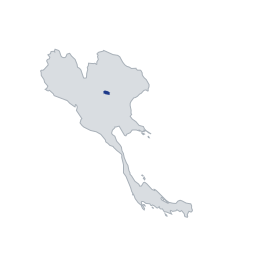 location of Ban Khwao, Chaiyaphum, Thailand, rotated 324°
{"feature_id": "78962969B12995220204726", "entity_name": "Ban Khwao", "entity_type": "district", "adm_level": 2, "iso_a3": "THA", "parent_name": "Thailand", "parent_adm1": "Chaiyaphum", "projection": "equal_earth", "projection_center": [101.855, 15.816], "detail": "fine", "context": "in_parent", "style": "filled", "palette": "blue", "viewbox_px": 256, "rotation_deg": 324, "n_neighbors": 0, "source": "geoboundaries", "source_scale": "gbopen_adm2", "svg_char_len": 4748}
<svg xmlns="http://www.w3.org/2000/svg" viewBox="0 0 256 256"><g transform="rotate(324 128 128)"><path d="M113.2,22.4L113.4,23.4L114.2,22.1L115.3,21.4L117.4,24.4L117.6,25.6L116.1,30.4L116.3,32.0L117.3,33.3L118.5,34.0L119.8,33.8L122.1,32.4L124.7,33.3L124.6,36.5L125.5,41.5L124.2,46.6L122.9,49.1L123.9,51.4L124.0,53.4L121.5,61.4L122.0,62.0L123.5,62.9L124.2,62.6L126.8,59.5L129.8,57.0L130.7,55.0L132.5,54.3L134.2,52.4L138.0,55.7L139.0,56.0L139.5,56.5L139.7,57.9L140.2,58.1L141.7,56.2L144.3,55.1L145.3,52.3L146.6,51.5L146.4,50.1L146.8,49.6L149.0,49.5L152.2,50.9L153.3,51.2L153.9,50.9L159.0,59.8L162.4,63.2L163.2,65.5L162.4,71.5L162.5,74.9L163.3,77.5L164.7,79.3L165.8,81.9L169.6,84.4L169.3,85.0L169.6,86.7L172.0,88.5L172.2,89.2L171.9,91.6L170.8,93.4L170.6,94.9L170.6,96.8L171.2,99.6L170.5,105.4L169.1,107.1L167.2,108.2L166.2,109.8L165.4,109.4L165.1,107.8L163.0,106.9L159.1,107.7L157.1,107.4L154.4,107.9L151.9,107.7L150.3,107.0L146.0,108.3L144.2,109.4L142.9,111.1L141.0,115.4L139.0,118.0L139.0,119.1L136.6,119.8L136.7,123.4L138.1,127.4L138.5,132.4L141.3,135.9L140.8,138.4L141.1,140.8L143.2,146.4L141.7,143.7L141.4,141.9L139.5,139.2L139.0,140.5L136.8,138.5L135.9,136.4L135.6,137.3L133.5,134.4L131.3,132.8L130.1,132.1L127.1,133.1L123.3,132.3L121.8,133.1L121.2,132.6L120.9,131.7L121.9,121.3L118.6,120.0L118.1,119.4L117.3,120.1L114.1,120.6L111.7,122.5L111.5,124.1L112.5,126.9L111.1,132.1L111.6,137.0L111.4,139.6L109.7,143.0L109.3,145.8L107.5,149.9L106.2,155.2L105.9,158.3L103.7,163.0L103.2,165.6L102.4,166.6L102.7,168.7L102.3,175.1L103.7,179.8L103.3,182.0L104.8,182.8L108.4,181.3L109.6,181.7L110.4,184.2L111.3,191.9L112.8,194.2L113.2,193.1L113.9,194.3L114.4,196.6L116.3,208.7L117.3,211.8L116.2,211.0L115.5,207.2L114.5,207.1L114.8,204.7L114.2,203.8L113.1,204.5L113.1,206.4L116.0,212.4L117.8,212.6L120.0,215.2L122.4,217.2L125.5,216.5L127.7,217.1L128.9,218.8L130.9,222.9L134.2,226.3L133.7,228.4L132.4,230.1L131.8,232.4L130.9,233.0L129.6,233.1L128.3,231.2L125.0,232.9L124.3,234.7L123.5,235.1L122.0,233.2L122.2,232.1L123.1,230.5L122.8,226.3L120.9,226.2L119.6,223.1L119.2,222.8L118.2,223.2L115.1,221.7L114.2,219.8L113.3,220.0L112.7,223.3L109.9,218.8L108.1,217.0L108.3,213.6L107.0,212.9L106.5,211.9L107.0,209.9L105.2,210.2L104.4,209.7L103.4,206.1L102.5,204.6L101.4,204.6L101.0,203.9L101.1,202.1L98.2,199.6L97.3,196.7L96.0,195.5L95.1,195.9L94.2,197.9L93.6,197.8L93.0,197.2L92.3,194.3L92.3,189.3L93.2,186.3L93.7,181.6L95.1,177.7L97.9,166.1L98.0,161.6L102.7,155.2L105.8,147.8L106.9,146.7L107.3,145.3L105.7,139.4L105.0,135.2L105.1,134.2L103.1,131.4L102.6,128.2L102.1,127.2L101.9,126.1L102.7,124.2L102.3,117.2L100.1,112.4L96.2,107.9L92.8,101.3L92.3,99.0L92.2,95.7L95.0,93.5L96.2,93.3L96.6,83.5L99.0,81.6L99.5,80.8L99.8,79.1L99.2,78.2L97.6,79.8L97.3,79.4L95.4,73.7L95.0,70.2L87.3,58.4L87.7,56.4L86.6,51.3L85.4,51.2L84.6,50.3L83.8,48.0L85.3,48.3L87.8,47.0L87.4,42.1L88.5,39.3L88.7,34.6L90.5,31.8L90.8,30.5L91.8,30.3L93.2,31.3L94.6,31.3L100.4,30.1L101.1,28.9L101.5,26.3L102.1,25.5L103.4,25.3L104.9,25.8L106.4,24.8L106.2,21.7L108.9,22.3L110.7,20.9L113.2,22.4ZM94.4,199.2L94.0,203.0L92.9,203.8L92.5,201.6L93.2,198.1L93.5,198.9L94.4,199.2ZM112.2,177.3L112.0,179.1L111.0,179.7L110.8,177.7L112.2,177.3ZM136.6,140.1L137.8,142.6L136.4,142.4L136.1,139.9L136.6,140.1ZM107.7,222.2L107.1,221.1L107.6,219.3L108.1,221.4L107.7,222.2ZM96.2,199.7L96.0,201.7L95.4,198.9L96.2,199.7ZM112.2,175.7L111.7,175.5L111.3,174.3L111.9,174.3L112.2,175.7ZM101.0,205.8L101.6,208.2L100.9,207.1L101.0,205.8ZM139.7,146.8L139.5,148.4L138.9,147.7L139.3,146.6L139.7,146.8ZM93.1,184.7L92.4,185.3L93.0,183.8L93.1,184.7Z" fill="#d9dde1" stroke="#a8b0b8" stroke-width="1"/><path d="M130.5,84.6L130.3,84.6L130.1,84.6L129.9,84.7L129.8,84.8L129.9,85.0L129.9,85.3L130.0,85.4L130.0,85.5L129.9,85.6L130.0,85.6L129.9,85.7L129.9,85.8L129.9,85.7L129.9,85.8L130.0,85.9L130.0,86.0L130.1,86.3L130.2,86.2L130.3,86.3L130.2,86.3L130.2,86.5L130.3,86.5L130.3,86.4L130.4,86.5L130.3,86.8L130.4,87.0L130.5,87.0L130.8,87.1L130.8,87.3L130.9,87.5L131.0,87.5L131.0,87.4L131.1,87.5L131.1,87.8L131.2,88.0L131.2,87.9L131.3,88.0L131.2,88.0L131.3,88.1L131.4,87.9L131.4,88.0L131.5,88.0L131.4,88.1L131.5,88.2L131.6,88.3L131.6,88.2L131.6,88.3L131.7,88.5L131.7,88.4L131.8,88.4L131.8,88.5L132.0,88.6L132.0,88.8L132.1,89.0L132.3,89.0L132.5,89.1L132.5,88.9L132.7,88.7L132.8,88.7L132.8,88.8L132.8,88.7L132.8,88.8L132.8,88.7L133.0,88.6L133.0,88.4L132.9,88.5L132.9,88.3L132.9,88.2L132.7,88.1L132.8,88.1L132.7,88.0L132.5,87.9L132.4,87.8L132.5,87.8L132.4,87.7L132.5,87.5L132.5,87.4L132.5,87.2L132.5,86.9L132.4,86.9L132.4,86.7L132.3,86.4L132.2,86.3L132.2,86.2L131.9,86.1L131.8,85.9L131.7,85.8L131.7,85.7L131.5,85.4L131.4,85.4L131.4,85.2L131.2,85.1L130.9,85.1L130.8,84.9L130.7,84.9L130.5,84.6Z" fill="#3b82f6" stroke="#1e3a8a" stroke-width="1.5"/></g></svg>